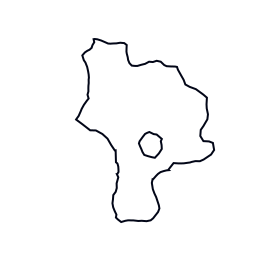 Khojaly District, Xocalı, Azerbaijan (Robinson projection), rotated 38°
{"feature_id": "54616110B87325868620163", "entity_name": "Khojaly District", "entity_type": "district", "adm_level": 2, "iso_a3": "AZE", "parent_name": "Azerbaijan", "parent_adm1": "Xocalı", "projection": "robinson", "projection_center": [46.732, 39.84], "detail": "fine", "context": "isolated", "style": "outline", "palette": "ink", "viewbox_px": 256, "rotation_deg": 38, "n_neighbors": 0, "source": "geoboundaries", "source_scale": "gbopen_adm2", "svg_char_len": 2150}
<svg xmlns="http://www.w3.org/2000/svg" viewBox="0 0 256 256"><g transform="rotate(38 128 128)"><path d="M147.6,171.2L150.7,172.8L153.1,178.6L156.1,182.2L157.6,185.9L157.7,189.9L160.1,193.5L162.1,196.9L164.9,199.4L165.3,199.7L168.4,201.5L172.2,203.4L173.6,206.0L176.3,206.3L180.5,206.3L183.0,202.8L184.9,200.7L189.3,197.4L193.4,194.9L195.9,192.7L200.0,190.0L202.7,186.8L203.4,183.7L203.4,179.2L203.4,175.7L202.3,172.1L199.9,169.9L192.7,165.1L189.1,163.3L185.2,160.9L180.6,156.6L179.1,153.6L179.3,153.6L179.6,148.4L179.9,145.7L180.8,142.7L182.7,139.9L184.5,137.6L186.0,136.2L185.5,136.2L185.5,131.4L185.5,127.6L189.9,124.6L193.6,121.6L197.4,117.7L198.1,117.0L199.0,115.6L201.4,112.7L205.1,109.9L207.0,106.3L209.8,97.8L209.4,92.3L204.1,87.5L200.1,88.7L195.5,91.9L189.9,89.8L186.5,84.7L186.2,79.5L186.1,79.1L185.2,72.3L182.6,68.0L178.0,64.1L175.3,61.0L171.5,55.5L166.8,55.3L157.6,55.6L151.3,57.6L146.4,58.4L142.2,55.8L138.3,54.2L131.4,51.3L129.0,49.7L127.1,50.7L123.9,53.1L120.4,55.5L117.8,56.1L113.0,55.6L109.2,57.4L107.0,60.7L103.8,62.8L102.0,66.9L99.4,70.2L97.2,73.3L94.7,75.2L92.5,76.5L89.2,76.0L86.2,74.3L84.2,72.4L81.3,70.2L79.7,68.7L77.5,65.7L75.9,63.4L72.8,63.4L69.4,65.6L66.7,68.5L64.3,70.5L62.2,72.4L60.3,73.7L56.7,74.6L52.9,75.6L49.2,77.0L46.9,78.4L46.2,79.2L48.6,81.2L49.0,84.6L49.6,86.3L50.0,87.1L49.5,90.0L48.4,92.2L47.5,95.0L47.3,98.9L49.3,100.3L51.5,101.8L54.1,102.6L56.3,103.9L58.2,105.0L61.7,107.9L64.0,110.0L66.2,112.4L67.2,114.1L69.4,116.8L70.9,119.2L72.3,121.1L74.3,123.6L75.6,126.7L78.8,129.0L78.8,132.6L79.0,136.9L79.7,141.2L79.8,141.7L80.5,144.1L81.7,148.9L81.8,152.4L81.9,153.3L89.9,153.1L99.6,153.1L104.2,149.7L111.5,148.5L118.4,149.0L125.3,151.8L131.4,153.8L132.0,153.2L139.6,162.4L141.5,162.5L142.0,162.8L144.2,164.5L146.3,166.9L147.6,168.5L147.9,170.9L147.6,171.2ZM165.8,121.7L167.5,123.7L167.7,125.8L168.0,129.1L167.5,134.9L164.8,136.3L161.0,137.9L157.4,139.2L154.2,138.0L151.5,136.4L151.3,136.3L148.8,135.0L146.1,133.4L145.3,131.3L145.1,125.8L145.1,122.2L146.0,120.2L147.3,118.0L151.5,117.1L151.8,117.1L154.6,115.5L161.4,115.8L162.0,118.2L164.9,120.7L165.8,121.7Z" fill="none" stroke="#020617" stroke-width="2"/></g></svg>